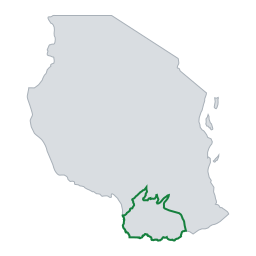 Ruvuma highlighted on a map of United Republic of Tanzania
{"feature_id": "TZA-3389", "entity_name": "Ruvuma", "entity_type": "Region", "adm_level": 1, "iso_a3": "TZA", "parent_name": "United Republic of Tanzania", "parent_adm1": "", "projection": "natural_earth1", "projection_center": [36.042, -10.46], "detail": "fine", "context": "in_parent", "style": "outline", "palette": "green", "viewbox_px": 256, "rotation_deg": 0, "n_neighbors": 0, "source": "natural_earth", "source_scale": "10m", "svg_char_len": 7417}
<svg xmlns="http://www.w3.org/2000/svg" viewBox="0 0 256 256"><path d="M92.6,191.8L89.6,190.1L87.0,189.0L84.8,187.7L83.8,186.6L81.7,186.1L80.0,185.9L78.3,184.8L74.9,184.4L74.6,183.7L74.5,182.1L73.9,181.6L72.7,181.2L71.3,181.3L70.5,181.5L70.1,181.4L69.0,180.4L67.9,179.2L67.5,177.3L66.0,176.0L64.2,175.0L59.3,175.1L58.5,174.8L57.3,173.9L55.9,172.2L54.8,170.4L53.8,167.9L52.8,164.5L47.1,151.0L46.5,148.4L45.4,145.6L43.5,142.1L41.6,139.5L39.0,137.2L36.0,134.8L34.4,133.3L31.3,126.9L30.7,123.9L30.2,120.9L30.4,119.6L32.3,115.6L32.5,114.5L32.2,113.0L31.3,109.8L30.1,106.0L27.7,99.0L27.3,97.2L27.3,95.9L28.7,88.8L28.7,87.8L34.4,87.9L38.6,84.8L42.2,80.2L42.9,78.2L44.4,75.2L45.8,73.8L46.4,72.7L47.2,69.8L49.1,67.7L50.9,66.2L50.6,65.1L50.8,64.7L51.8,63.9L53.8,63.2L54.2,61.6L54.2,59.8L53.9,58.9L53.9,57.7L53.6,57.1L52.3,56.9L50.4,56.0L48.8,55.7L47.7,55.2L47.3,54.8L47.2,53.7L48.0,51.0L47.2,49.9L49.1,45.4L49.5,44.8L50.2,44.8L51.4,44.3L52.4,44.1L53.3,44.2L53.9,44.0L54.5,43.5L55.0,42.0L55.3,39.4L55.1,37.4L54.3,35.8L54.1,33.3L54.4,30.0L54.2,27.3L53.3,25.1L52.3,23.8L50.9,23.2L48.7,19.8L48.0,18.2L48.1,17.2L48.9,16.8L50.3,16.9L51.6,16.5L52.9,15.6L54.1,15.4L54.8,15.5L111.6,15.5L178.0,58.4L178.3,58.9L178.8,62.6L178.7,63.8L177.6,65.9L177.3,67.1L177.3,67.8L177.6,68.1L178.4,68.2L179.2,68.7L179.5,69.1L180.0,70.7L180.8,71.5L206.0,92.6L206.5,92.9L206.2,94.7L204.7,98.9L204.7,100.7L204.1,102.8L203.6,104.2L202.1,110.2L200.9,112.5L199.2,117.8L198.9,121.8L199.9,124.6L200.2,127.3L202.1,129.9L203.7,130.8L204.7,132.0L206.6,134.7L207.7,137.4L211.0,138.8L212.3,141.8L211.8,143.9L210.3,145.7L208.8,148.5L207.6,152.2L207.6,157.8L208.4,157.0L210.2,158.4L210.4,162.5L208.5,167.4L208.0,169.7L207.9,171.6L209.2,177.4L211.2,180.4L211.0,181.3L210.5,182.1L213.9,187.3L213.6,191.9L214.9,195.4L215.5,198.5L216.3,200.9L216.5,202.5L215.4,204.3L217.9,204.7L219.4,206.2L220.1,207.6L221.9,207.6L222.8,208.5L224.2,209.3L227.4,211.7L228.2,212.9L228.7,214.0L220.1,221.5L217.0,223.4L214.8,224.3L212.4,224.8L210.2,226.0L208.1,227.9L205.3,228.8L202.0,228.8L198.6,230.1L193.1,234.0L189.9,231.8L187.4,231.1L184.5,231.2L182.8,231.5L182.2,231.9L181.6,233.2L181.2,235.4L179.3,237.5L176.0,239.5L172.9,240.2L170.1,239.7L168.3,238.9L167.3,237.7L165.8,237.2L163.9,237.3L162.1,238.1L160.3,239.7L157.5,240.3L153.7,240.1L151.6,239.4L151.4,238.1L149.7,236.6L146.6,234.8L144.3,234.8L142.9,236.5L141.5,237.5L140.3,237.9L139.3,238.0L137.7,237.5L133.5,237.4L129.5,237.4L129.0,235.0L128.2,233.5L127.5,232.7L126.1,232.5L125.7,231.8L125.2,230.3L124.6,229.0L123.7,227.9L123.1,227.0L122.9,226.1L123.1,225.1L123.9,222.6L124.2,220.9L124.1,219.2L123.6,217.4L122.7,215.3L122.8,214.7L122.4,213.3L122.4,212.3L122.6,211.0L122.4,209.3L121.6,205.8L121.6,204.9L120.7,203.2L118.0,199.2L117.9,198.6L113.7,194.6L112.0,193.7L111.4,194.4L111.2,195.2L111.4,196.5L111.3,197.1L111.1,197.4L110.1,197.4L109.5,197.2L107.9,196.1L106.6,195.8L103.6,196.0L102.5,196.3L101.6,196.0L100.0,194.2L98.1,193.8L96.4,193.7L93.6,191.6L92.6,191.8ZM211.5,124.0L212.8,128.5L212.7,129.3L211.7,129.8L211.2,129.8L210.6,129.1L210.1,127.6L209.4,128.0L208.1,126.2L206.9,126.1L205.8,124.0L206.2,122.1L206.0,118.9L207.3,117.2L208.1,114.5L209.0,116.4L209.1,119.3L210.3,122.8L211.5,124.0ZM218.2,97.4L218.3,98.4L218.0,99.4L218.1,102.6L217.9,104.7L216.9,107.6L216.1,108.7L215.3,108.4L214.7,107.9L214.2,107.1L215.2,101.7L214.7,97.8L216.6,98.2L218.2,97.4ZM215.3,161.8L214.3,162.1L213.9,161.8L213.3,161.0L214.4,160.2L215.4,158.8L217.7,156.6L218.8,154.9L218.7,156.6L217.3,160.2L216.2,160.4L215.3,161.8Z" fill="#d9dde1" stroke="#a8b0b8" stroke-width="1"/><path d="M123.1,216.5L123.0,216.4L122.8,216.2L122.7,215.9L122.6,215.6L122.6,215.4L123.1,215.3L123.3,215.4L123.5,215.6L124.1,215.5L124.6,215.3L126.2,214.1L127.0,212.8L128.3,212.0L129.9,210.6L130.0,209.2L130.4,208.7L131.0,208.4L131.7,208.5L132.3,208.3L132.5,207.6L134.1,205.2L133.9,203.8L133.2,202.6L133.2,201.6L132.9,200.8L132.5,200.4L132.2,199.8L132.4,199.2L133.0,198.9L134.3,198.2L136.1,196.1L137.2,195.4L138.8,193.7L139.5,193.2L140.0,192.5L140.7,192.0L141.5,191.6L142.2,191.0L142.7,190.4L143.5,190.2L144.2,189.9L145.2,188.8L146.4,187.2L146.4,187.4L146.3,187.6L146.3,188.0L146.4,188.4L146.5,189.9L146.7,190.6L147.0,191.3L146.7,192.4L146.0,193.2L145.7,193.8L145.6,194.5L145.8,194.9L145.7,195.4L145.1,196.2L144.3,197.7L143.9,198.0L143.5,198.1L143.2,198.3L143.1,199.6L143.9,200.3L146.4,200.2L147.1,200.3L147.7,200.3L148.0,199.8L148.2,199.3L149.0,198.4L149.8,198.2L149.7,198.4L149.9,198.6L150.0,198.5L150.6,199.1L152.2,198.6L153.3,198.8L154.8,198.6L155.3,197.9L156.1,196.6L156.3,196.1L156.3,195.1L156.7,195.0L156.9,194.9L157.1,195.5L157.1,196.2L157.7,197.8L158.4,199.3L157.8,201.0L156.8,202.5L157.3,203.5L158.5,203.4L160.2,202.4L161.6,200.9L162.7,199.5L163.9,198.2L165.3,197.2L165.9,196.9L167.5,195.5L168.8,195.1L168.6,196.3L168.1,197.5L167.4,198.8L166.0,200.6L164.5,202.2L164.0,203.3L163.9,204.6L164.0,206.1L163.9,207.6L164.8,208.5L169.2,210.4L179.2,213.2L180.0,213.9L180.6,214.3L181.0,214.7L181.5,215.6L181.7,216.1L181.8,216.6L182.3,217.5L182.5,218.5L182.8,219.0L183.2,219.5L184.1,221.4L184.7,225.7L185.9,230.7L185.5,230.7L184.5,230.9L184.3,231.1L184.2,231.1L183.4,231.2L183.1,231.2L182.0,232.0L181.9,232.2L181.8,232.5L181.5,233.4L181.4,233.7L181.4,234.1L181.0,234.9L180.9,235.4L180.9,235.7L181.0,235.9L181.1,236.2L180.9,236.5L180.7,236.7L180.3,237.0L179.0,237.7L178.2,238.4L177.9,238.6L177.5,238.7L176.9,238.7L176.5,238.8L175.9,239.2L175.5,239.3L175.3,239.4L175.1,239.7L175.0,240.0L174.9,240.2L174.8,240.3L174.7,240.4L174.3,240.5L173.9,240.5L173.0,240.2L172.9,240.1L172.6,239.7L172.3,239.6L172.2,239.6L171.9,239.8L171.7,239.9L171.1,239.9L170.3,239.9L168.8,239.5L168.1,239.1L167.5,238.5L167.0,237.8L166.8,237.1L166.5,237.3L166.4,237.5L166.2,237.6L164.5,237.7L164.2,237.7L163.8,237.3L163.4,237.3L163.3,237.2L163.0,237.3L162.2,238.4L161.7,239.3L161.5,239.5L161.3,239.6L160.6,239.9L160.4,240.0L160.2,240.3L159.7,240.3L158.3,240.6L158.0,240.6L157.6,240.3L157.4,240.2L157.3,239.7L157.1,239.6L155.0,239.6L154.9,239.6L154.7,239.8L154.1,239.9L153.5,240.1L153.2,240.2L152.8,239.9L152.5,239.9L151.8,240.0L151.6,239.8L151.4,239.5L151.4,239.0L151.5,238.7L151.4,238.3L151.3,237.8L151.2,237.4L150.9,237.3L150.8,237.2L150.6,237.1L150.4,236.8L150.2,236.8L149.8,236.6L149.6,236.6L149.0,236.1L148.6,235.9L148.3,235.9L148.0,236.0L147.7,235.8L147.5,235.4L147.7,235.0L147.4,234.5L147.1,234.4L146.4,234.4L145.8,234.1L145.1,234.0L144.8,234.2L144.3,235.0L144.0,235.3L143.0,235.4L142.7,235.7L142.9,236.1L142.6,236.3L142.4,236.6L142.3,236.9L142.2,237.3L141.0,237.7L140.6,238.0L140.3,237.9L140.0,237.8L139.8,237.8L139.8,238.1L139.6,238.1L139.4,237.8L139.3,237.7L139.2,237.5L138.9,237.6L138.7,237.7L138.1,237.7L137.8,237.5L137.8,237.4L137.1,237.4L129.5,237.3L129.5,237.1L129.5,236.1L129.5,235.8L129.4,235.5L129.3,235.3L129.3,235.2L129.2,235.0L129.0,234.9L128.8,234.6L128.7,234.1L128.3,233.8L128.3,233.6L128.1,233.2L127.8,232.8L127.4,232.6L126.6,232.3L126.4,232.2L126.3,232.3L126.1,232.5L125.8,232.4L125.4,231.5L125.5,231.4L125.8,231.2L125.5,230.9L125.3,230.6L125.1,230.2L125.1,229.7L124.9,229.4L124.4,229.2L124.3,228.8L124.2,228.6L123.3,227.8L123.2,227.4L123.2,226.9L122.9,226.0L122.8,225.6L122.9,225.1L123.3,224.6L123.4,224.3L123.8,223.5L123.8,223.2L123.8,222.3L124.0,221.0L124.0,220.4L124.3,220.1L124.3,219.8L124.2,219.7L124.0,219.4L123.9,219.3L123.8,219.2L124.1,218.7L124.0,218.3L123.9,217.8L123.5,217.3L123.4,217.2L123.4,216.8L123.4,216.5L123.1,216.5Z" fill="none" stroke="#15803d" stroke-width="2"/></svg>